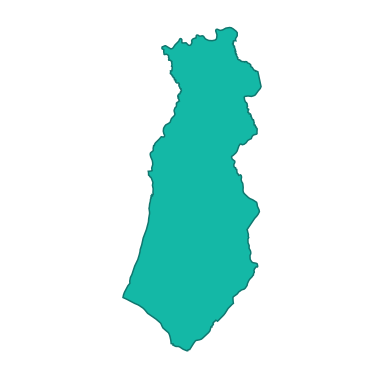 Chom Phra, Surin, Thailand (Albers equal-area conic projection), rotated 79°
{"feature_id": "78962969B42359071454830", "entity_name": "Chom Phra", "entity_type": "district", "adm_level": 2, "iso_a3": "THA", "parent_name": "Thailand", "parent_adm1": "Surin", "projection": "albers", "projection_center": [103.521, 15.133], "detail": "fine", "context": "isolated", "style": "filled", "palette": "teal", "viewbox_px": 384, "rotation_deg": 79, "n_neighbors": 0, "source": "geoboundaries", "source_scale": "gbopen_adm2", "svg_char_len": 5969}
<svg xmlns="http://www.w3.org/2000/svg" viewBox="0 0 384 384"><g transform="rotate(79 192 192)"><path d="M309.2,172.6L307.1,172.5L303.6,172.0L302.7,171.4L300.8,167.2L298.7,164.7L298.3,163.4L297.6,162.2L297.3,159.4L296.5,158.0L294.3,155.8L292.4,155.0L289.7,153.1L288.4,151.7L286.5,149.0L285.4,148.1L285.3,147.6L283.7,147.1L282.7,146.2L282.0,146.1L280.8,146.2L280.0,145.5L279.3,145.4L278.7,144.4L278.0,143.9L277.8,142.8L278.1,142.4L277.8,141.8L276.4,141.6L274.8,141.8L274.1,142.8L273.0,145.6L272.1,146.6L270.0,147.5L268.8,147.7L265.4,147.2L263.8,146.1L262.2,145.8L260.7,145.9L258.2,146.7L255.4,146.1L252.6,146.7L248.9,146.1L247.5,145.0L246.0,145.3L245.0,144.8L242.9,144.8L242.5,145.0L240.7,144.9L239.5,145.2L229.9,135.6L228.0,133.0L226.6,131.5L224.2,129.6L222.3,129.6L218.6,130.5L215.7,130.4L214.4,130.6L211.3,133.8L209.5,136.4L208.2,137.7L204.0,140.7L202.3,141.6L200.0,141.6L197.3,140.9L194.4,140.6L193.1,140.6L191.2,141.3L189.2,141.4L186.8,140.5L185.1,140.6L184.4,141.2L184.6,143.0L182.9,143.4L182.2,144.0L181.3,144.1L178.4,143.8L177.9,144.6L176.5,144.6L175.9,145.6L174.6,146.0L172.8,145.6L171.3,144.4L169.9,144.1L167.3,146.3L165.1,146.5L164.5,146.0L163.9,144.6L162.0,141.5L160.4,139.9L155.9,137.3L154.2,135.7L154.3,134.8L155.2,133.6L155.1,131.8L154.0,129.5L152.2,127.6L151.7,126.6L150.9,123.6L148.9,122.4L147.8,120.8L147.5,117.5L147.0,117.0L145.6,116.8L142.5,116.0L141.9,116.1L140.7,117.0L139.9,116.8L139.6,117.2L138.3,117.3L138.0,118.2L136.6,118.1L135.9,117.7L135.1,118.0L134.6,117.8L132.8,117.9L132.7,118.0L132.8,118.5L132.2,118.9L129.4,119.4L128.9,119.9L128.3,119.4L126.5,119.8L126.4,120.9L124.9,121.1L124.4,122.0L123.9,121.9L123.4,121.5L122.4,121.3L122.2,120.8L121.6,120.6L121.4,120.7L121.1,121.5L119.7,121.9L118.8,121.6L118.6,121.2L118.2,121.1L117.4,121.3L116.1,121.0L115.7,121.3L114.6,121.5L114.2,122.1L113.7,122.4L111.5,122.8L108.9,122.7L108.3,121.9L108.3,121.2L108.4,118.7L109.5,115.5L109.3,113.2L109.0,111.8L108.4,110.9L105.3,107.6L103.5,105.3L101.7,104.1L86.5,104.4L85.4,106.0L85.6,106.3L85.6,106.6L84.9,106.7L83.9,108.1L81.2,109.1L80.5,110.0L79.6,110.5L79.0,110.1L78.2,110.2L76.8,111.3L75.8,112.9L74.6,113.4L74.2,114.5L74.5,115.4L74.1,115.6L73.4,118.3L72.8,119.1L72.3,119.1L72.1,119.6L71.4,120.0L71.1,121.0L70.4,121.7L69.8,121.7L69.1,121.4L68.8,121.8L68.2,121.7L66.8,122.3L65.8,122.0L65.6,122.3L64.8,122.2L64.5,122.6L64.7,122.8L64.4,122.9L63.7,122.7L62.8,122.8L62.7,122.3L61.8,122.8L61.7,122.4L61.3,122.6L60.9,122.3L58.1,122.7L58.0,122.9L57.6,122.6L57.1,122.9L56.9,122.7L56.6,123.0L56.3,123.0L55.9,123.4L54.8,123.4L54.3,123.9L54.1,123.7L54.2,123.2L52.7,123.1L52.6,122.5L51.6,122.4L51.6,120.8L51.9,120.1L50.5,120.2L49.6,119.9L47.3,117.8L44.3,117.2L42.6,118.0L39.7,120.5L38.3,122.1L37.7,123.7L37.6,127.5L38.7,130.9L38.8,133.0L38.6,133.8L37.1,136.0L37.0,137.1L37.6,137.7L38.4,138.0L42.5,137.5L45.3,138.3L46.8,139.2L47.3,140.6L47.3,143.4L46.5,146.5L45.8,147.7L44.2,149.7L41.5,150.9L40.8,151.6L40.6,152.3L40.6,154.5L40.0,155.4L39.1,156.3L38.9,157.1L39.0,157.6L39.4,158.0L41.4,158.6L41.8,161.6L42.7,163.0L43.5,163.5L45.2,163.5L46.7,164.5L47.5,165.3L47.7,165.9L47.3,167.4L44.4,169.4L44.0,172.4L43.6,173.3L42.6,173.3L40.5,172.9L39.6,173.3L39.2,174.0L39.5,174.9L41.4,176.2L44.3,180.5L46.8,183.0L47.4,184.1L47.5,184.9L47.3,185.7L43.4,190.0L43.3,190.8L43.8,192.9L43.8,193.5L44.4,193.9L45.6,194.1L47.0,192.5L48.8,193.0L51.6,193.1L51.9,192.6L51.8,191.0L52.6,189.8L53.8,189.0L55.7,189.4L56.3,189.0L57.6,189.7L58.1,189.7L58.6,188.0L59.2,187.8L60.0,186.9L61.1,187.3L63.0,187.3L64.7,188.1L65.4,187.5L66.9,187.9L69.2,188.7L69.0,190.0L71.3,190.2L71.3,190.6L71.7,190.6L73.2,189.3L73.9,189.4L74.3,189.2L74.6,188.7L75.1,188.8L76.1,188.4L76.4,187.7L78.3,187.8L78.4,187.0L79.2,186.5L79.6,186.6L79.6,187.2L80.9,187.0L82.2,185.9L82.2,184.7L83.0,184.0L84.0,183.9L84.2,184.4L84.9,184.5L86.0,184.4L86.7,184.0L87.8,184.0L88.4,183.6L88.5,183.2L89.5,183.4L90.1,183.0L90.7,183.2L91.3,183.7L91.4,184.1L92.0,184.1L92.3,184.7L93.2,185.0L93.4,186.3L93.7,186.6L94.1,186.6L94.4,187.3L95.0,187.6L95.6,187.7L95.8,187.2L96.2,187.4L96.8,187.2L97.1,187.8L99.2,187.0L99.8,187.3L100.2,187.1L100.4,188.0L101.4,189.1L101.3,189.6L101.8,190.3L102.4,190.5L102.8,190.3L103.3,190.7L104.1,190.7L105.3,191.2L106.0,192.5L107.7,193.6L108.9,194.1L112.0,193.9L112.9,194.1L114.3,195.6L115.0,196.9L116.3,198.4L119.4,200.2L120.3,202.2L121.1,204.9L122.2,206.2L124.0,207.7L126.8,208.6L129.7,208.5L130.4,208.1L131.8,208.2L132.4,208.6L132.6,209.1L132.4,210.2L131.9,211.5L132.0,211.8L133.8,214.0L136.8,218.5L137.5,219.2L139.2,220.1L139.1,220.8L141.7,221.8L143.7,222.1L144.1,222.4L145.6,225.1L146.0,225.5L147.4,225.9L149.7,225.8L153.3,225.0L155.3,225.0L157.6,225.3L160.8,227.0L163.4,227.1L163.6,228.6L163.3,231.0L164.8,231.0L167.1,231.4L167.8,230.8L169.4,230.1L169.7,229.6L171.0,229.2L174.8,228.6L175.5,228.6L177.9,229.6L181.4,229.5L185.0,230.4L186.7,230.4L186.9,230.8L186.8,231.8L188.0,231.5L188.0,232.7L188.7,232.4L189.2,233.4L190.1,233.2L191.1,234.1L193.2,234.7L195.7,235.9L199.4,237.0L199.6,237.3L203.6,237.5L205.2,237.8L209.9,239.6L213.1,240.5L220.3,244.0L227.9,248.7L234.0,251.3L238.6,253.8L240.6,254.4L243.5,255.7L248.0,258.1L253.8,262.4L261.5,266.7L264.2,268.8L267.6,270.1L269.8,270.4L271.8,272.8L277.5,277.4L279.8,278.8L282.4,279.9L284.6,276.8L290.3,269.7L292.6,266.3L296.3,262.5L298.2,261.1L302.6,258.7L310.0,251.5L314.3,248.1L315.3,247.6L318.5,246.9L320.2,246.3L325.6,242.0L327.2,241.5L329.6,241.2L333.7,241.1L336.8,241.4L337.7,239.5L338.6,239.9L339.1,238.8L339.5,238.8L340.5,237.3L341.1,234.7L341.8,233.6L344.6,230.8L346.9,227.3L347.0,226.4L346.1,225.9L346.2,224.3L341.0,219.4L339.0,217.3L338.5,216.4L338.5,212.8L338.2,210.8L337.4,209.3L333.2,202.6L331.7,200.9L328.0,199.1L328.3,198.3L327.4,198.1L327.2,197.6L326.7,197.4L326.6,196.9L326.2,196.7L326.1,196.4L325.7,196.2L325.1,196.5L324.4,196.2L324.3,195.8L323.7,195.2L323.3,194.2L322.4,193.3L322.8,192.8L322.8,192.4L323.7,191.6L323.1,190.6L318.7,184.2L317.1,182.4L313.2,178.8L309.9,174.0L309.2,172.6Z" fill="#14b8a6" stroke="#0f766e" stroke-width="1.5"/></g></svg>